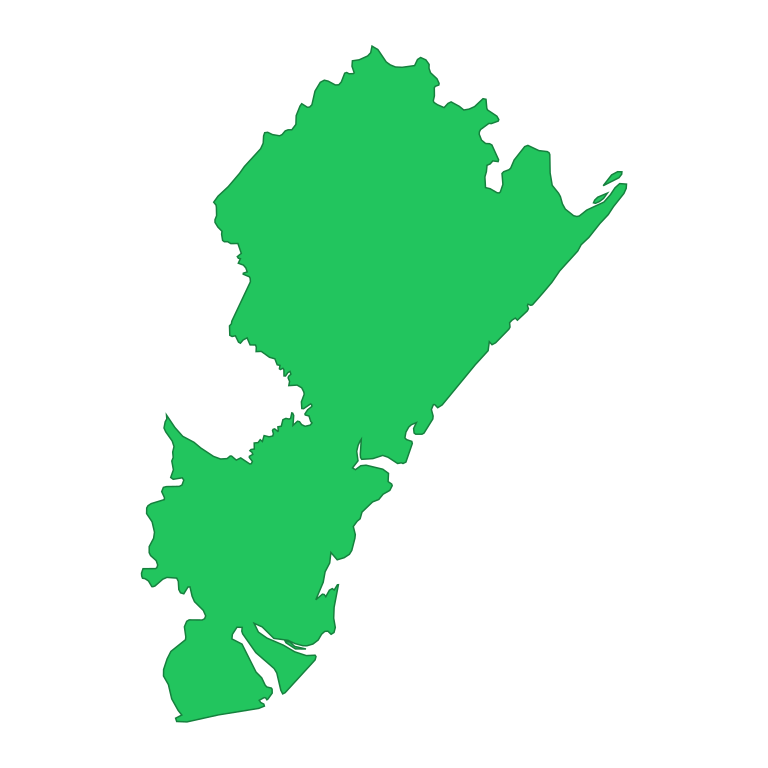 Chinde, Zambezia, Mozambique (Natural Earth projection)
{"feature_id": "85939544B82585183947830", "entity_name": "Chinde", "entity_type": "district", "adm_level": 2, "iso_a3": "MOZ", "parent_name": "Mozambique", "parent_adm1": "Zambezia", "projection": "natural_earth1", "projection_center": [36.399, -18.468], "detail": "fine", "context": "isolated", "style": "filled", "palette": "green", "viewbox_px": 768, "rotation_deg": 0, "n_neighbors": 0, "source": "geoboundaries", "source_scale": "gbopen_adm2", "svg_char_len": 6097}
<svg xmlns="http://www.w3.org/2000/svg" viewBox="0 0 768 768"><path d="M524.7,146.6L514.2,159.9L510.7,168.1L509.0,169.7L503.7,171.7L502.0,173.5L502.9,184.4L500.4,191.8L499.3,192.9L497.2,192.8L490.1,188.7L485.5,187.6L484.9,176.9L486.4,171.6L487.0,165.3L490.2,163.9L492.8,160.9L498.1,161.6L498.6,159.8L491.9,145.0L489.6,143.7L485.6,143.5L481.5,140.1L479.2,134.2L479.4,131.8L480.6,129.5L488.9,123.4L491.3,123.6L498.2,121.1L498.8,119.6L496.9,116.2L487.6,110.0L486.8,108.3L486.0,99.3L483.0,98.7L474.6,106.6L469.1,109.1L463.8,110.0L459.4,106.4L451.1,101.9L448.0,103.4L444.1,107.6L437.4,104.7L433.9,102.4L433.3,100.7L434.4,95.9L434.3,87.7L435.3,86.3L438.8,85.0L439.1,83.4L437.0,78.8L430.5,72.7L429.0,68.3L429.1,64.4L425.9,59.9L420.6,57.5L417.5,59.5L414.6,65.6L402.2,67.3L395.5,67.0L390.1,64.8L386.2,61.9L377.9,49.6L372.0,46.1L370.7,52.7L367.6,56.0L359.2,59.8L352.4,60.8L352.0,66.3L354.2,72.8L353.4,73.6L349.1,73.8L346.7,72.5L344.7,73.2L341.3,82.0L338.8,84.8L335.4,85.0L328.1,81.1L324.3,80.2L320.3,82.3L315.0,91.1L311.9,104.8L309.6,107.1L307.4,107.3L301.7,103.7L300.0,106.1L296.2,115.6L295.9,124.4L291.8,129.8L288.1,129.8L285.2,130.9L282.1,134.6L279.6,135.8L272.5,134.6L267.7,132.3L264.7,132.7L263.6,135.9L263.2,143.2L260.6,148.8L244.4,166.5L239.6,173.3L228.2,186.7L218.0,196.2L213.7,202.2L216.1,205.2L216.4,207.5L216.6,215.7L215.0,219.7L215.0,222.4L217.9,227.1L222.0,231.3L221.6,234.1L222.6,240.4L224.3,241.7L227.7,241.7L230.8,243.6L237.9,243.5L241.3,253.4L237.3,256.6L238.4,258.3L240.4,258.7L238.3,263.2L243.4,265.1L245.9,268.0L247.2,271.9L243.3,273.2L243.2,274.2L249.4,276.8L250.2,278.4L250.4,281.8L231.8,321.2L231.4,323.8L229.5,325.9L229.8,335.3L232.1,336.5L235.4,335.8L238.5,342.1L240.4,343.2L243.2,339.9L247.1,337.9L250.1,344.9L255.5,345.0L256.3,347.1L256.1,351.6L261.3,351.4L269.5,357.3L274.9,358.8L277.2,364.8L280.0,365.4L279.4,368.8L280.4,369.5L282.9,368.3L283.9,369.7L284.0,375.9L285.5,376.0L287.9,372.6L290.0,371.4L290.9,374.2L288.6,376.3L288.1,377.9L289.6,381.4L288.8,385.6L297.1,385.1L301.7,387.8L303.8,391.9L304.2,394.2L301.4,401.8L301.8,408.5L303.6,408.7L310.7,403.8L311.8,405.0L311.8,406.5L307.6,409.8L304.9,414.0L305.3,415.0L309.0,416.0L310.7,421.4L312.0,422.9L310.2,425.1L305.1,426.3L301.6,424.6L299.5,421.7L297.5,421.2L293.0,425.4L293.7,415.5L292.7,413.2L291.8,412.9L290.6,418.4L289.2,419.1L285.9,418.4L282.9,419.7L281.3,426.2L277.9,426.8L278.3,431.0L277.8,431.4L274.7,428.9L273.2,429.3L272.5,430.4L273.4,433.8L272.7,436.0L269.1,436.8L264.1,435.6L262.4,441.5L260.2,439.7L258.1,442.6L254.2,443.0L254.3,449.0L251.0,449.5L249.9,450.7L252.0,452.3L252.8,454.4L249.4,456.3L249.3,457.4L252.4,461.5L251.3,463.7L249.8,464.0L240.7,457.9L236.3,460.1L231.6,456.1L230.2,456.0L227.1,458.6L220.6,459.0L213.5,456.4L200.8,448.0L194.0,442.3L182.7,436.3L174.9,427.5L166.5,415.0L166.8,418.9L165.2,421.8L164.0,428.0L165.7,431.8L172.2,441.0L174.0,446.6L172.7,452.1L173.2,457.5L171.8,461.0L173.4,469.8L170.7,477.5L173.2,479.3L182.2,477.8L183.8,480.1L182.0,485.0L179.3,486.4L166.4,486.6L163.4,487.4L161.7,491.6L164.4,497.5L164.3,499.6L151.2,503.6L148.0,505.7L146.7,508.0L146.6,513.6L152.1,521.8L154.5,532.2L153.6,538.3L149.2,546.6L149.2,552.7L150.6,555.6L156.2,560.6L157.7,565.0L156.9,567.6L155.6,568.6L143.0,568.7L141.5,573.2L141.7,576.0L142.5,578.2L145.1,578.7L148.5,581.0L151.8,586.6L152.9,586.7L155.0,586.0L162.8,579.2L166.9,577.4L176.7,578.1L178.3,581.3L178.8,589.5L180.5,592.8L183.8,593.8L188.0,587.0L190.0,586.9L192.1,596.2L194.5,601.7L203.3,610.4L205.7,615.9L204.6,618.7L202.2,620.0L189.1,619.9L186.7,621.3L184.4,626.8L185.8,636.8L185.5,639.7L170.9,651.4L167.1,658.9L163.6,669.5L163.5,676.0L168.4,684.6L171.7,698.8L178.2,710.5L181.8,715.0L175.6,718.2L176.7,721.5L187.0,721.9L218.4,714.9L258.7,708.4L264.4,706.1L263.8,704.1L260.7,702.5L259.2,700.3L264.1,697.6L265.7,697.9L266.9,699.8L267.9,699.1L272.2,693.1L272.1,689.2L271.4,688.1L266.9,687.0L265.2,685.2L261.7,677.8L256.0,672.0L242.0,644.1L231.9,638.9L232.4,634.3L237.0,627.2L242.2,627.4L241.8,631.2L242.7,633.9L255.8,652.6L274.1,668.5L276.8,673.0L280.8,690.2L282.7,693.9L285.1,692.7L315.1,659.9L316.0,656.6L315.1,655.2L306.3,655.6L294.7,651.8L283.3,645.1L267.0,638.1L258.4,632.1L254.1,623.3L262.2,626.9L273.9,638.4L288.1,640.3L295.0,643.6L302.9,645.7L306.9,645.8L313.0,644.0L318.2,640.0L321.6,634.2L324.8,631.4L327.9,631.2L331.1,634.3L334.0,632.5L335.3,627.5L333.7,618.2L334.1,607.4L338.4,584.7L337.4,584.8L334.2,590.0L332.3,588.6L329.4,590.2L325.8,596.7L324.2,594.5L322.4,594.2L315.8,599.8L323.2,582.3L325.1,571.8L329.7,563.0L330.9,552.5L337.2,559.8L344.2,557.7L349.4,554.3L351.8,550.4L354.9,538.3L355.3,534.6L353.3,526.5L357.2,521.2L360.1,518.8L362.0,512.1L372.6,501.9L378.8,499.5L383.1,494.2L389.8,490.4L392.2,485.7L391.7,484.1L388.1,481.6L388.5,473.4L382.8,469.2L366.1,465.2L360.8,465.7L355.4,469.7L352.5,467.9L358.0,460.8L356.7,451.3L358.1,445.3L360.2,440.8L361.3,439.2L360.3,454.3L360.6,457.6L361.7,459.3L372.9,458.6L382.7,455.4L388.0,457.2L397.6,463.5L401.3,462.8L403.0,463.5L405.9,462.1L412.3,443.5L411.8,441.4L406.5,439.6L404.9,437.8L405.9,432.2L408.7,427.1L411.4,424.7L416.4,422.6L413.6,428.5L414.1,433.0L415.7,434.2L422.0,434.2L424.0,433.1L432.8,419.0L433.1,416.0L431.4,409.5L433.4,404.6L434.7,404.6L437.7,407.7L442.2,404.9L475.4,364.6L488.1,350.7L489.3,341.7L492.0,344.7L495.6,342.8L508.9,329.2L510.0,327.1L509.6,322.7L512.2,320.0L515.3,318.1L517.4,320.2L527.4,310.8L528.4,308.6L527.4,305.7L528.0,304.2L530.8,305.3L532.5,304.8L542.7,293.2L551.9,282.3L559.7,270.9L577.7,251.1L581.1,244.8L588.9,237.4L600.0,223.4L608.2,214.7L613.5,206.6L623.9,193.5L626.2,188.4L626.5,184.1L619.7,183.6L615.0,187.8L610.4,194.7L603.9,202.1L586.7,210.1L579.3,216.0L576.8,216.5L573.6,215.7L565.3,209.1L562.4,203.8L560.4,196.6L558.6,193.3L552.2,185.3L550.1,172.8L549.8,154.6L549.1,152.8L547.3,151.6L538.9,150.6L527.9,145.4L524.7,146.6ZM603.2,185.7L619.0,177.7L621.7,174.2L621.9,171.8L617.6,171.7L611.6,174.9L603.2,185.7ZM607.4,193.1L597.7,197.2L594.7,200.1L593.5,202.8L595.4,203.3L599.4,201.6L603.5,198.5L607.4,193.1ZM306.0,649.0L294.7,646.4L289.9,642.0L285.2,641.3L286.0,642.8L295.4,648.9L306.0,649.0Z" fill="#22c55e" stroke="#15803d" stroke-width="1.5"/></svg>